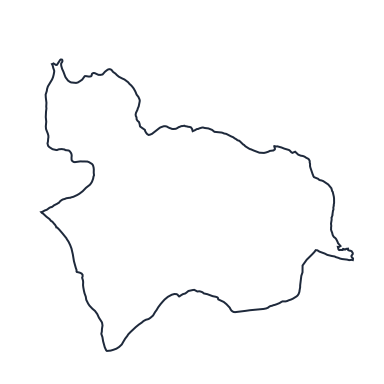 Mensura, Gash Barka, Eritrea (Albers equal-area conic projection), rotated 353°
{"feature_id": "51966322B6823166627891", "entity_name": "Mensura", "entity_type": "district", "adm_level": 2, "iso_a3": "ERI", "parent_name": "Eritrea", "parent_adm1": "Gash Barka", "projection": "albers", "projection_center": [38.235, 15.48], "detail": "fine", "context": "isolated", "style": "outline", "palette": "slate", "viewbox_px": 384, "rotation_deg": 353, "n_neighbors": 0, "source": "geoboundaries", "source_scale": "gbopen_adm2", "svg_char_len": 5908}
<svg xmlns="http://www.w3.org/2000/svg" viewBox="0 0 384 384"><g transform="rotate(353 192 192)"><path d="M39.9,193.6L40.5,194.5L41.6,195.3L44.5,198.8L47.2,201.4L48.6,203.6L49.3,204.0L50.4,205.3L51.0,206.4L52.0,207.7L53.0,209.9L53.0,210.6L53.9,210.9L55.6,213.1L58.4,217.3L61.7,222.6L62.0,223.5L63.4,226.3L64.6,229.8L65.5,233.5L66.1,239.3L66.4,246.3L67.4,253.1L67.9,255.4L67.7,256.8L67.9,257.3L70.8,258.4L72.5,259.5L73.3,260.9L73.1,262.6L72.5,263.7L73.0,266.5L73.0,268.1L72.5,271.2L72.5,273.4L72.7,276.9L73.0,279.5L73.8,282.9L73.9,286.1L75.3,290.1L76.4,292.3L78.9,295.7L81.2,298.2L83.1,301.6L84.3,305.4L86.5,309.9L86.8,310.9L86.9,313.6L85.9,317.1L85.5,319.5L84.7,321.8L85.4,325.1L85.6,329.4L86.5,335.5L87.5,338.6L88.0,339.3L88.4,339.4L91.9,339.5L94.4,339.1L97.9,338.3L100.8,336.9L103.7,334.8L105.4,332.5L107.8,329.4L110.2,327.0L111.4,325.5L114.0,323.4L119.6,319.3L123.1,317.1L126.2,315.5L128.1,314.2L130.6,313.2L133.4,312.8L135.4,311.8L138.1,310.0L138.5,309.6L140.7,306.7L142.4,304.9L144.5,302.2L147.2,299.4L149.5,297.3L151.7,295.4L155.3,293.1L159.4,291.5L162.1,291.1L164.2,291.5L165.1,292.1L166.3,294.0L166.8,294.1L167.8,293.5L170.4,292.3L172.9,291.9L174.2,291.2L176.4,289.8L180.7,289.4L182.3,289.4L185.2,291.4L187.1,291.4L188.5,291.9L190.2,292.8L191.4,294.1L194.8,295.3L199.8,297.9L202.8,298.9L204.4,299.7L204.9,300.5L204.9,301.5L205.0,301.8L210.1,305.0L212.5,307.5L215.3,311.3L216.1,313.4L216.7,314.5L217.7,315.5L218.8,316.2L220.2,316.5L230.9,316.5L235.2,316.4L248.9,316.8L251.5,316.6L253.6,316.0L254.0,315.6L255.8,314.8L257.4,314.7L259.3,314.2L260.1,314.2L262.4,313.7L265.4,312.9L267.5,311.9L268.7,311.6L271.6,312.0L273.7,311.7L274.2,311.4L277.2,310.8L279.1,310.2L283.0,308.4L284.2,307.6L285.4,306.2L286.4,304.2L286.8,302.7L287.7,299.8L288.0,297.7L290.3,288.5L291.9,285.2L292.8,278.4L297.6,273.2L303.7,268.5L306.1,266.5L307.7,264.8L309.4,265.2L311.2,266.7L316.3,269.3L318.6,270.9L323.1,272.6L325.8,273.4L326.7,274.1L329.5,275.3L330.6,276.0L332.7,276.8L337.7,278.0L339.7,278.8L342.2,278.8L343.3,279.2L343.7,277.9L343.7,277.5L342.8,276.5L342.4,275.3L342.6,274.6L343.9,273.3L344.1,272.6L344.1,272.1L343.2,270.2L341.9,269.5L341.2,269.4L340.0,268.8L339.8,268.0L340.0,267.5L339.9,267.2L338.9,267.5L338.5,267.2L338.1,267.2L336.9,267.8L336.5,267.5L335.9,267.6L335.6,267.1L335.0,266.9L334.6,267.3L334.3,267.9L333.9,267.9L332.6,267.6L331.1,267.6L330.8,267.4L330.4,266.8L330.1,264.3L330.5,264.4L331.4,264.4L332.8,263.7L330.7,260.6L330.4,259.2L329.3,256.2L328.5,255.0L327.5,254.1L327.0,253.3L326.4,251.8L326.1,249.4L325.6,247.5L325.4,245.9L325.7,244.8L325.7,244.1L326.1,242.7L326.1,240.4L327.2,236.6L327.4,234.3L327.7,234.0L328.7,231.9L328.6,231.6L329.7,227.6L330.0,227.2L330.3,226.4L330.4,224.6L331.1,222.8L331.0,222.4L331.7,220.2L332.2,215.7L332.2,213.9L331.7,209.1L331.2,208.1L330.8,205.3L328.1,201.1L323.6,197.2L321.9,196.3L320.6,195.9L319.6,195.3L318.8,194.3L314.9,192.1L314.4,191.1L314.2,189.9L314.0,189.5L312.5,182.3L312.3,180.6L312.6,178.6L312.4,176.9L312.6,175.6L312.0,173.9L311.4,173.2L309.2,171.7L308.5,171.0L307.3,170.2L306.2,169.7L304.4,169.2L302.0,167.9L299.3,164.6L296.4,165.4L295.4,164.6L294.2,162.9L293.3,162.1L288.9,160.2L286.2,158.7L282.3,157.1L281.2,157.1L280.3,156.9L279.7,156.5L279.2,156.6L279.6,159.4L279.3,159.9L277.9,160.7L274.3,160.7L272.7,161.3L270.2,161.8L268.2,162.0L263.7,161.2L258.2,158.3L255.5,156.7L255.0,156.6L253.8,155.8L250.5,153.1L249.4,151.6L248.7,151.2L248.2,150.6L245.7,147.5L245.0,146.8L244.5,146.7L243.2,146.0L242.7,145.3L240.8,143.9L239.6,142.7L237.5,141.5L233.1,138.5L230.9,137.8L229.6,137.0L228.6,136.6L221.6,135.0L219.5,132.8L216.0,130.9L212.4,130.0L210.7,129.3L209.7,129.3L207.2,129.7L205.6,130.2L205.1,130.1L204.3,130.2L202.5,131.0L200.1,131.7L199.7,129.3L198.9,127.8L197.8,127.2L195.8,126.7L195.3,126.4L193.2,125.8L192.6,125.3L190.4,125.4L189.5,125.3L187.1,126.0L186.6,126.0L185.4,126.7L183.6,127.3L181.0,127.2L179.7,126.9L178.4,126.1L178.0,126.0L176.6,125.2L174.9,123.9L173.3,123.4L171.9,123.3L169.1,123.9L167.9,124.3L159.4,129.4L157.2,130.0L155.9,130.1L154.6,129.1L153.6,127.5L152.9,125.7L152.8,124.6L148.6,120.8L148.4,120.4L148.3,118.3L147.9,116.1L146.7,114.8L145.9,113.2L146.0,111.3L145.9,110.7L145.5,109.7L145.5,108.2L146.1,106.5L147.9,103.7L148.4,102.4L149.5,100.6L151.1,95.8L151.3,94.8L151.2,93.8L150.4,91.1L148.9,88.6L148.0,85.3L146.7,82.1L145.4,79.9L144.4,78.5L143.2,77.2L142.0,75.3L138.7,72.1L136.7,70.9L133.5,68.7L131.6,66.7L130.5,65.2L128.3,63.2L126.9,60.9L125.7,60.2L124.8,60.0L123.5,60.2L122.3,60.8L120.3,62.0L117.6,64.4L117.1,64.5L115.2,64.6L113.4,64.3L110.0,62.2L109.1,61.9L108.5,61.9L107.3,62.4L106.9,63.0L106.5,64.3L105.9,64.8L105.5,64.9L103.8,64.9L100.7,64.0L99.6,64.0L96.7,67.1L94.6,68.2L92.0,69.4L90.2,69.6L85.3,68.5L84.2,67.8L82.5,66.3L80.5,62.8L80.0,61.0L79.0,56.8L78.1,54.0L77.6,50.8L77.7,48.8L78.0,48.2L78.9,47.2L79.4,46.2L79.3,45.1L79.0,44.7L78.6,44.6L77.8,44.5L77.2,44.9L73.5,49.3L72.8,49.4L72.4,49.3L70.2,47.5L69.5,47.8L68.6,48.0L69.1,49.3L69.4,51.9L70.0,54.7L69.9,55.8L69.0,58.7L68.0,61.2L66.8,63.3L61.8,69.7L60.7,72.1L60.2,74.0L58.6,77.5L58.4,80.4L58.4,85.7L57.7,89.6L57.7,91.2L56.9,94.5L56.0,99.8L55.9,104.5L54.9,109.0L54.8,111.4L54.9,112.2L56.0,116.5L56.3,118.6L56.1,120.5L55.8,121.3L55.1,124.6L54.5,126.1L54.8,128.6L55.8,130.0L58.8,132.5L62.4,133.8L63.1,133.9L65.0,133.4L67.9,133.5L70.7,134.3L71.4,135.0L74.4,135.7L75.0,136.0L75.8,136.9L76.7,138.6L77.0,139.8L77.0,141.4L76.6,143.2L76.4,145.5L76.9,146.6L78.1,147.7L79.3,148.1L84.7,148.0L91.8,149.0L93.4,149.8L95.9,151.8L96.4,152.3L97.0,153.5L97.3,155.6L97.3,157.6L96.8,161.0L96.8,163.4L96.1,164.7L95.5,166.7L94.0,169.6L92.8,171.1L91.5,172.4L87.3,174.9L83.6,177.9L80.0,180.0L77.7,181.0L73.7,182.3L71.4,182.6L70.4,182.9L69.3,182.8L66.5,182.9L64.8,183.4L63.1,183.6L61.7,184.1L60.0,185.1L58.5,186.5L57.5,186.8L57.1,187.1L53.2,188.5L52.6,189.0L50.9,189.9L50.4,189.8L49.5,190.0L48.6,190.3L45.8,191.9L43.6,192.4L40.9,193.5L39.9,193.6Z" fill="none" stroke="#1e293b" stroke-width="2"/></g></svg>